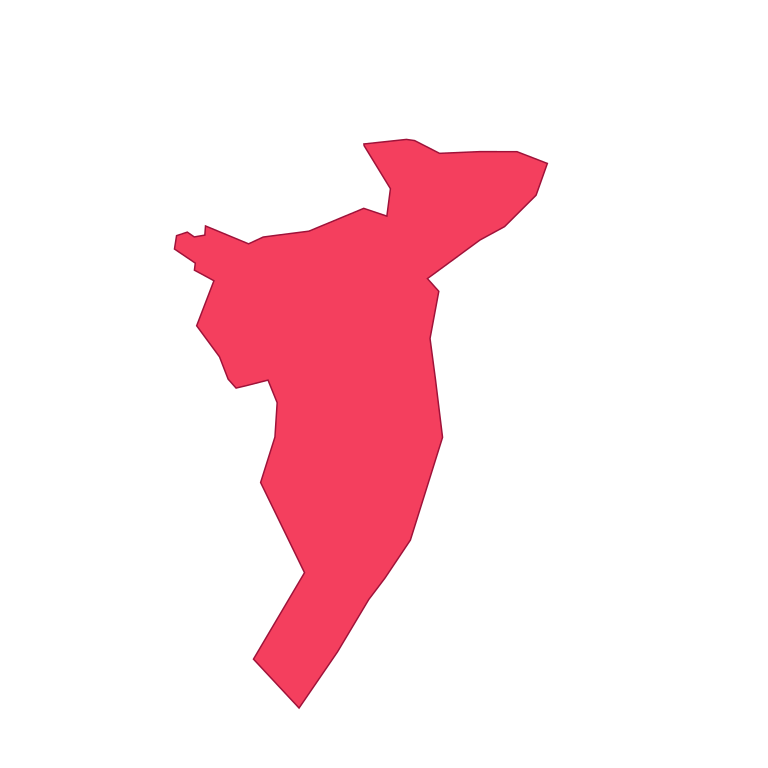 the district of Marte, Borno, Nigeria, rotated 149°
{"feature_id": "59680162B30227281044650", "entity_name": "Marte", "entity_type": "district", "adm_level": 2, "iso_a3": "NGA", "parent_name": "Nigeria", "parent_adm1": "Borno", "projection": "albers", "projection_center": [13.832, 12.441], "detail": "fine", "context": "isolated", "style": "filled", "palette": "rose", "viewbox_px": 768, "rotation_deg": 149, "n_neighbors": 0, "source": "geoboundaries", "source_scale": "gbopen_adm2", "svg_char_len": 795}
<svg xmlns="http://www.w3.org/2000/svg" viewBox="0 0 768 768"><g transform="rotate(149 384 384)"><path d="M487.9,579.2L480.1,566.1L476.6,560.1L514.6,530.4L511.0,492.0L515.1,468.4L512.9,456.7L503.2,453.6L481.4,447.1L485.2,423.0L504.8,394.7L540.5,363.1L549.3,263.2L637.6,215.4L623.7,150.0L561.9,178.3L507.9,207.2L498.1,211.1L483.0,217.2L441.8,236.6L361.3,308.1L349.9,333.7L337.4,361.7L321.1,399.3L289.3,435.2L292.5,452.0L227.5,458.0L199.6,456.8L156.4,467.5L130.4,488.9L150.4,514.7L182.5,534.0L217.6,553.1L232.4,576.9L238.8,582.1L277.6,600.1L278.3,598.5L277.9,548.1L295.1,526.4L310.9,545.0L369.7,553.7L396.5,565.5L411.9,572.2L427.9,573.9L455.6,611.4L460.9,603.9L470.9,607.8L474.4,615.5L485.4,618.0L494.1,607.6L483.5,584.8L487.9,579.2Z" fill="#f43f5e" stroke="#9f1239" stroke-width="1.5"/></g></svg>